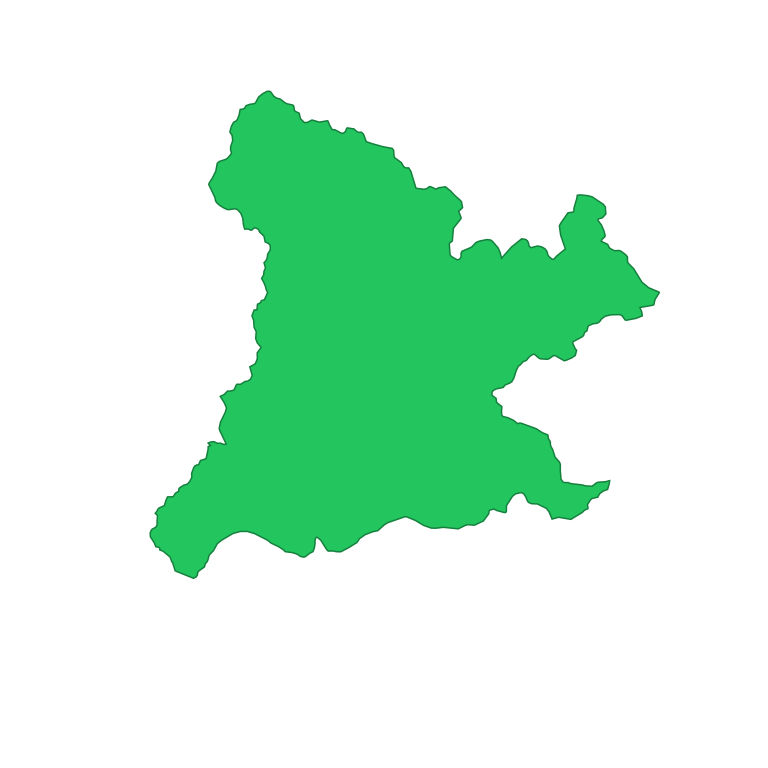 Cho Moi, Bắc Kạn, Vietnam (Mercator projection), rotated 25°
{"feature_id": "81297802B24308322432437", "entity_name": "Cho Moi", "entity_type": "district", "adm_level": 2, "iso_a3": "VNM", "parent_name": "Vietnam", "parent_adm1": "Bắc Kạn", "projection": "mercator", "projection_center": [105.849, 21.965], "detail": "fine", "context": "isolated", "style": "filled", "palette": "green", "viewbox_px": 768, "rotation_deg": 25, "n_neighbors": 0, "source": "geoboundaries", "source_scale": "gbopen_adm2", "svg_char_len": 6170}
<svg xmlns="http://www.w3.org/2000/svg" viewBox="0 0 768 768"><g transform="rotate(25 384 384)"><path d="M291.9,167.0L282.6,169.4L271.1,171.3L265.5,171.8L260.0,166.4L258.0,165.6L256.8,165.4L254.9,166.6L252.7,166.7L249.0,165.5L242.5,167.4L242.1,168.1L242.3,170.9L241.9,172.7L240.7,174.2L239.3,174.7L232.0,174.3L229.6,175.4L225.2,172.3L222.1,169.4L221.3,169.4L214.9,173.9L207.1,175.2L204.1,179.2L201.4,180.7L196.1,178.8L192.7,174.4L188.6,174.4L187.2,173.9L184.9,170.4L183.4,169.7L177.8,171.0L175.6,171.0L169.5,169.6L165.5,170.3L162.4,169.7L158.0,167.2L156.7,167.0L154.3,168.2L151.4,172.1L149.1,176.8L148.7,183.4L147.9,184.8L144.5,187.0L141.4,190.0L141.1,192.8L140.0,194.4L137.6,195.9L138.9,201.1L139.3,205.3L139.0,207.7L137.1,210.4L136.9,212.0L136.8,214.9L137.6,220.0L138.0,220.9L141.3,222.9L144.0,227.3L144.7,233.7L146.0,236.7L148.1,239.0L148.1,240.7L146.8,245.3L145.6,247.3L140.6,252.0L139.6,254.5L141.6,262.1L141.4,269.9L140.6,275.9L140.9,277.3L152.0,286.5L153.9,289.2L155.8,290.4L159.3,291.5L164.8,292.2L168.1,292.1L169.5,291.7L175.0,288.1L177.7,287.9L182.2,289.9L185.9,293.4L189.3,299.1L192.3,302.5L195.1,301.1L196.8,300.8L197.8,301.0L199.1,300.4L200.7,297.0L203.8,296.7L206.4,297.8L206.4,298.5L206.9,298.8L212.7,300.7L216.3,305.5L219.7,305.4L222.0,306.3L223.1,308.0L224.2,310.6L223.7,315.7L224.6,318.0L225.0,321.8L224.0,324.8L227.5,328.9L227.6,332.6L228.8,335.8L228.5,340.1L232.2,342.8L235.7,346.1L237.1,348.0L239.9,350.4L240.0,358.2L237.8,360.1L237.5,360.7L237.8,362.4L235.6,365.2L237.5,370.4L235.0,371.9L235.5,378.0L238.9,381.3L242.3,387.5L246.0,390.5L248.6,397.2L251.8,400.3L257.2,402.8L255.9,409.3L258.5,414.6L258.8,419.6L257.9,421.5L255.1,425.1L260.9,431.9L261.0,436.1L259.3,438.9L257.0,440.4L254.1,444.9L250.9,446.3L250.5,447.3L250.6,452.9L247.6,455.4L245.2,456.5L243.5,461.2L240.8,464.4L247.3,468.6L251.4,472.3L252.1,476.7L251.9,487.7L253.4,493.9L254.6,495.4L266.2,505.0L266.2,505.5L264.1,506.5L260.6,506.7L258.4,508.1L254.3,508.1L251.4,509.8L249.6,511.9L252.7,513.1L251.1,515.0L252.2,517.6L254.3,526.9L250.0,530.9L250.1,535.5L248.4,536.6L247.3,538.1L246.9,540.0L247.4,546.3L249.3,549.8L249.1,554.3L248.4,557.0L247.5,558.5L245.3,560.3L242.7,564.4L242.4,565.5L243.2,568.1L241.1,571.1L240.6,575.3L235.5,577.8L235.5,581.1L236.3,587.0L232.6,591.4L232.0,592.9L232.0,595.2L231.3,597.9L234.3,598.9L236.5,604.8L238.0,607.8L237.6,610.4L235.2,613.6L234.9,615.0L235.1,618.0L236.9,621.3L243.2,625.2L245.9,627.9L249.3,627.2L250.5,627.9L250.8,629.1L254.6,628.9L263.3,631.3L266.7,634.7L268.1,635.4L273.6,641.5L274.2,641.6L293.4,640.6L295.3,638.3L295.6,636.1L294.8,633.3L295.2,631.7L298.6,625.6L298.0,622.6L298.8,619.7L298.8,618.2L297.9,613.0L299.9,607.1L300.4,599.2L302.8,594.3L310.3,583.3L316.2,578.3L322.4,575.4L330.0,574.3L344.6,574.8L348.8,575.9L357.6,576.0L362.7,576.8L365.4,577.7L371.7,575.7L374.7,575.2L377.4,574.9L381.3,575.6L384.6,574.8L385.9,573.4L388.0,569.2L390.5,565.9L390.2,562.1L389.0,558.0L387.4,554.3L387.2,552.3L387.6,551.4L388.7,551.2L392.7,552.3L401.9,558.2L404.0,559.0L408.6,556.8L411.8,556.1L415.8,554.3L420.7,547.9L426.5,539.1L427.2,534.4L430.7,528.4L436.1,522.8L440.4,519.5L444.0,511.1L446.1,508.0L458.8,495.7L460.5,494.8L469.9,494.4L479.6,495.4L487.9,494.6L492.2,492.6L498.4,488.8L512.5,483.9L517.4,477.8L519.4,476.1L525.7,473.7L532.0,466.1L533.8,457.3L532.9,454.7L533.2,453.6L536.4,450.9L539.5,451.0L546.7,449.8L548.1,449.4L548.9,448.2L546.4,442.4L547.9,431.5L549.5,428.2L553.3,425.0L555.1,424.3L557.1,424.5L560.4,426.6L563.8,429.7L565.6,430.3L568.4,430.1L573.7,427.9L583.8,428.1L587.7,430.2L593.4,435.4L598.5,431.0L610.6,427.7L618.0,416.6L619.1,413.5L621.3,411.2L621.3,410.0L619.8,408.1L619.4,407.0L620.1,401.7L620.9,399.9L625.6,396.2L625.8,392.3L628.0,388.3L631.2,385.1L630.3,379.4L629.4,376.2L625.8,379.1L619.6,382.5L618.3,383.8L615.8,388.7L609.9,391.1L606.0,391.8L595.5,395.3L592.7,395.5L588.8,397.2L587.5,397.1L584.7,395.5L580.5,388.2L577.8,382.3L576.0,380.6L570.0,378.0L564.3,371.9L561.8,370.2L560.2,368.2L559.2,366.1L555.7,363.7L554.7,361.7L553.9,360.9L548.1,361.2L540.9,360.2L524.7,361.6L523.2,362.2L521.8,363.5L516.9,362.2L510.4,362.2L505.4,363.2L503.8,362.3L502.3,359.7L500.4,354.7L494.8,353.4L493.5,352.6L491.6,349.6L486.7,348.6L485.8,347.1L485.4,344.9L486.1,343.2L487.8,341.0L493.5,336.7L494.2,333.7L497.7,329.9L498.9,327.8L499.2,323.6L498.2,316.1L498.2,311.1L499.3,309.3L500.8,304.7L503.0,302.6L504.2,298.1L505.3,295.8L507.0,293.8L508.0,293.5L513.0,295.0L515.1,295.1L521.7,292.5L522.9,291.4L525.7,286.6L527.3,285.9L537.5,286.8L538.9,285.7L543.1,281.0L545.3,277.3L544.3,272.0L542.6,271.4L537.9,267.4L537.4,265.9L543.9,257.2L544.4,255.5L544.0,253.1L544.3,251.9L545.5,250.0L544.7,246.6L544.8,244.7L548.2,240.9L551.2,239.1L552.7,237.2L553.4,235.1L553.5,233.5L555.8,229.1L560.6,225.3L568.3,221.5L569.8,221.4L571.1,221.6L575.3,224.0L576.7,223.8L584.7,218.0L589.3,213.1L587.2,209.8L583.6,206.5L592.4,200.4L594.9,198.5L595.0,197.8L593.9,192.9L594.9,184.9L594.6,184.5L583.2,184.9L574.7,182.7L561.6,174.0L554.3,171.3L553.1,170.3L550.8,165.8L548.2,164.6L542.7,163.5L540.7,163.6L536.8,165.7L534.1,165.8L530.8,165.4L527.7,162.9L520.5,162.9L520.6,160.5L521.9,157.4L521.8,156.1L518.5,152.1L513.7,147.9L508.8,145.3L508.4,144.7L508.5,143.9L511.7,141.0L513.2,136.1L509.7,129.9L506.7,128.4L493.5,126.4L489.4,127.1L482.3,129.5L479.4,131.2L480.3,134.4L481.9,144.6L482.9,146.5L482.8,148.2L478.4,151.1L476.2,163.6L476.1,166.6L481.3,174.6L491.3,184.9L486.5,194.9L485.2,199.0L483.8,199.9L480.0,198.9L478.4,198.1L475.4,194.8L472.8,193.4L468.8,193.1L464.9,194.0L459.6,198.3L457.4,197.8L455.2,195.0L453.5,193.6L451.3,193.1L447.4,194.2L441.7,205.8L437.4,220.3L433.7,215.8L430.0,212.5L422.4,209.0L419.8,208.4L415.9,209.8L409.8,214.4L407.6,216.8L405.5,223.0L398.6,230.7L398.6,233.1L400.0,235.7L400.0,238.1L399.4,239.3L398.1,240.5L391.4,240.0L389.3,239.0L384.2,229.9L383.9,228.3L385.5,225.6L381.1,213.4L383.8,202.1L383.7,200.8L378.7,195.9L380.7,191.0L377.3,186.2L375.6,185.3L368.4,183.2L362.8,180.9L356.4,179.3L350.6,183.0L348.7,185.5L343.6,185.4L341.7,185.9L340.0,189.2L337.4,190.8L330.3,193.1L318.4,179.8L315.0,177.7L312.3,179.0L309.8,178.6L306.2,176.0L298.0,174.4L296.6,172.9L294.0,168.2L291.9,167.0Z" fill="#22c55e" stroke="#15803d" stroke-width="1.5"/></g></svg>